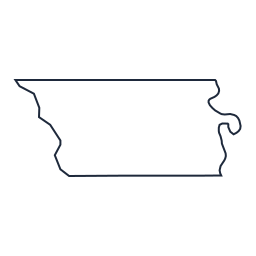 Douglas, Nebraska, United States of America
{"feature_id": "52423323B70861004931924", "entity_name": "Douglas", "entity_type": "district", "adm_level": 2, "iso_a3": "USA", "parent_name": "United States of America", "parent_adm1": "Nebraska", "projection": "natural_earth1", "projection_center": [-96.018, 41.292], "detail": "fine", "context": "isolated", "style": "outline", "palette": "slate", "viewbox_px": 256, "rotation_deg": 0, "n_neighbors": 0, "source": "geoboundaries", "source_scale": "gbopen_adm2", "svg_char_len": 1009}
<svg xmlns="http://www.w3.org/2000/svg" viewBox="0 0 256 256"><path d="M15.4,80.0L19.6,86.2L33.9,93.7L39.3,107.8L39.0,117.1L50.2,124.8L60.4,140.5L60.4,144.7L54.8,155.2L60.4,169.3L69.1,176.0L118.3,175.7L132.7,175.7L161.7,175.7L183.4,175.7L188.9,175.7L190.1,175.7L211.9,175.6L215.1,175.5L221.2,175.5L220.2,173.3L219.6,170.3L220.6,166.0L224.3,160.4L225.2,158.5L225.8,156.3L225.8,155.2L225.6,153.3L223.5,147.8L221.9,143.6L221.7,140.8L220.7,136.8L220.5,136.1L219.1,132.8L218.8,131.1L218.8,128.5L218.8,127.7L219.6,124.8L222.3,123.5L227.7,123.6L228.3,124.2L228.3,127.1L230.3,131.7L233.6,134.3L236.5,132.8L238.6,131.1L240.1,129.0L240.2,128.7L240.6,126.0L239.4,120.7L238.1,118.1L236.3,116.1L234.2,115.0L230.2,114.0L224.7,114.5L221.6,114.1L220.3,113.5L215.1,110.4L212.3,107.9L209.9,105.2L208.6,102.5L208.6,100.8L209.3,99.6L210.3,98.8L214.5,96.9L216.6,95.4L218.3,93.5L219.1,90.9L218.9,88.6L216.7,84.2L216.0,81.0L215.1,80.0L168.9,80.0L104.8,80.0L68.6,80.0L15.4,80.0Z" fill="none" stroke="#1e293b" stroke-width="2"/></svg>